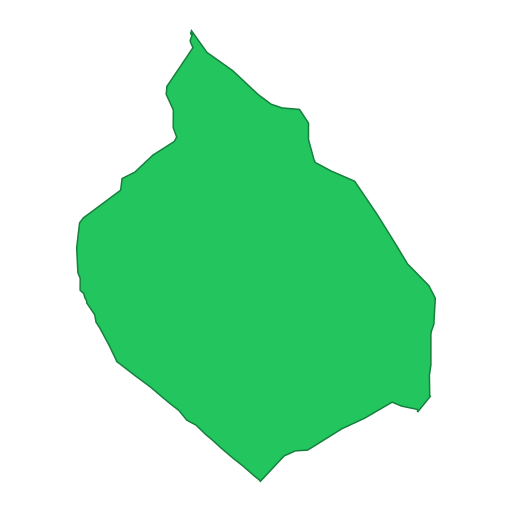 the district of Kadugli, South Kordufan, Sudan
{"feature_id": "16777658B74518908482161", "entity_name": "Kadugli", "entity_type": "district", "adm_level": 2, "iso_a3": "SDN", "parent_name": "Sudan", "parent_adm1": "South Kordufan", "projection": "albers", "projection_center": [29.536, 11.093], "detail": "fine", "context": "isolated", "style": "filled", "palette": "green", "viewbox_px": 512, "rotation_deg": 0, "n_neighbors": 0, "source": "geoboundaries", "source_scale": "gbopen_adm2", "svg_char_len": 2122}
<svg xmlns="http://www.w3.org/2000/svg" viewBox="0 0 512 512"><path d="M418.0,411.6L430.4,396.2L429.5,395.4L429.5,395.0L429.7,394.7L429.4,375.2L430.9,365.0L430.9,364.9L430.9,333.6L431.3,332.4L431.3,332.0L431.3,331.6L433.9,324.1L434.0,322.3L434.0,321.2L435.3,298.2L428.9,285.7L415.2,271.7L407.4,263.8L406.9,262.9L397.4,247.0L377.4,214.8L354.9,181.6L354.6,181.2L330.9,170.9L315.1,162.4L314.6,160.8L314.2,160.5L308.5,139.5L308.5,124.0L308.6,123.3L299.9,110.0L299.6,110.0L299.3,109.4L281.9,107.9L271.1,104.2L258.2,94.6L233.6,71.5L233.0,70.9L207.5,52.8L207.0,52.5L198.6,40.7L192.4,32.0L191.5,30.7L191.4,31.0L190.6,33.4L190.8,33.8L191.0,34.1L191.7,35.5L192.0,34.6L192.1,33.9L192.4,34.2L191.8,35.9L190.2,40.3L190.5,42.3L191.0,43.4L193.0,47.7L192.5,48.4L191.5,49.8L186.0,58.1L182.5,63.1L182.5,63.3L169.7,82.2L166.8,86.5L166.6,90.0L166.2,94.3L166.7,95.4L173.3,109.9L173.3,115.4L173.2,127.1L173.2,127.7L176.7,137.1L174.2,141.5L153.0,155.0L147.8,159.9L134.9,172.1L122.1,178.5L121.4,184.0L120.6,190.2L119.1,191.3L99.1,206.2L94.0,210.0L83.4,217.8L79.6,222.8L77.5,240.4L77.3,242.3L76.7,247.6L77.0,255.0L77.9,272.7L80.2,278.4L80.1,289.6L80.2,290.4L80.6,290.7L83.8,293.7L84.0,294.6L84.7,297.0L84.8,297.6L85.1,298.2L85.2,298.4L85.4,298.7L86.4,300.3L86.5,300.8L86.9,303.3L87.3,303.8L90.2,308.1L94.2,314.0L94.5,314.5L94.8,315.2L94.8,315.4L96.0,322.1L96.4,322.7L100.0,328.4L100.4,329.1L102.4,332.8L104.4,336.6L108.9,345.0L109.1,345.4L109.6,346.3L112.9,353.3L113.8,355.0L113.9,355.3L114.7,357.0L115.2,358.0L116.6,361.2L116.8,361.6L118.8,363.1L119.5,363.6L119.8,363.8L121.6,365.3L135.0,375.6L138.5,378.2L150.5,387.1L161.2,396.2L169.9,403.5L173.8,406.5L178.7,410.3L184.1,416.8L186.6,420.0L186.8,420.1L187.2,420.3L189.9,421.9L196.0,425.1L204.6,433.4L205.7,434.5L212.2,439.9L220.8,447.8L233.6,458.7L235.2,459.9L242.7,465.8L254.7,476.3L259.8,480.3L259.7,480.6L260.4,481.3L276.2,464.4L284.2,455.9L294.2,451.4L295.2,450.9L307.6,450.1L309.9,448.7L342.0,428.7L364.6,418.2L391.9,402.3L392.2,402.2L401.5,406.1L416.8,409.3L417.5,409.9L417.7,410.0L418.2,410.4L417.5,411.2L417.7,411.4L418.0,411.6Z" fill="#22c55e" stroke="#15803d" stroke-width="1.5"/></svg>